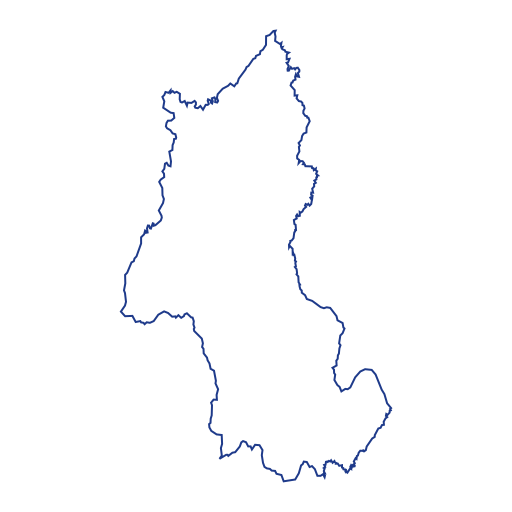 Yacopí, Cundinamarca, Colombia (Equal Earth projection)
{"feature_id": "7082276B73695765304920", "entity_name": "Yacopí", "entity_type": "district", "adm_level": 2, "iso_a3": "COL", "parent_name": "Colombia", "parent_adm1": "Cundinamarca", "projection": "equal_earth", "projection_center": [-74.3, 5.612], "detail": "fine", "context": "isolated", "style": "outline", "palette": "blue", "viewbox_px": 512, "rotation_deg": 0, "n_neighbors": 0, "source": "geoboundaries", "source_scale": "gbopen_adm2", "svg_char_len": 6044}
<svg xmlns="http://www.w3.org/2000/svg" viewBox="0 0 512 512"><path d="M344.5,328.5L343.4,327.5L342.6,323.0L337.5,320.3L336.5,316.1L330.2,307.9L326.7,307.3L323.9,308.2L320.6,307.1L312.2,300.9L306.8,299.0L305.1,295.2L301.8,292.7L301.7,290.5L300.3,289.2L299.6,286.5L299.4,284.8L300.0,284.6L298.6,282.3L298.3,276.4L296.5,274.3L297.1,273.2L296.6,269.2L294.9,267.0L295.9,266.3L295.3,263.0L296.0,261.5L294.9,260.7L295.2,258.4L294.3,254.7L293.4,255.0L293.2,253.4L292.7,253.8L292.6,248.8L289.8,245.9L289.1,247.2L289.0,244.7L290.4,242.1L290.3,240.9L291.7,240.5L293.5,238.2L294.3,232.3L295.2,231.4L295.1,230.1L296.0,230.0L295.6,224.8L294.4,224.0L293.9,220.0L296.7,218.5L296.1,216.0L297.1,214.5L298.2,216.2L299.8,215.8L299.7,212.0L300.7,212.7L302.4,211.5L303.6,209.1L306.1,206.9L305.0,205.6L305.7,204.0L307.3,204.8L308.3,203.8L309.6,205.6L311.2,204.0L311.9,200.1L310.3,197.6L310.9,197.2L312.2,198.5L312.6,195.6L311.1,194.7L311.3,192.6L313.1,192.7L312.2,188.7L314.2,186.4L314.0,183.9L315.8,182.8L314.3,180.6L316.4,179.4L316.3,177.4L317.0,177.1L317.0,175.7L318.0,175.5L316.1,173.8L317.2,171.3L315.6,170.3L315.8,168.6L313.8,170.1L313.4,168.2L312.1,168.1L311.8,166.4L305.4,166.2L304.8,164.4L303.0,164.2L303.9,162.8L302.6,161.2L300.5,161.1L298.7,163.1L299.2,159.9L297.2,158.5L297.1,155.8L299.4,151.4L298.9,146.9L299.9,145.5L298.6,143.0L301.4,140.1L302.1,136.0L303.6,133.6L306.4,132.5L306.6,127.4L309.7,121.2L308.4,117.7L307.3,117.7L306.8,116.1L305.3,115.9L303.3,113.2L303.4,110.8L304.6,108.4L303.9,105.6L302.5,105.2L302.4,102.9L301.1,101.5L298.9,101.1L296.6,98.4L297.3,95.3L294.6,95.6L294.7,90.1L290.6,85.5L291.5,82.6L292.5,82.5L293.2,80.6L295.5,79.6L295.1,76.8L295.9,74.2L297.0,76.4L299.0,76.8L297.9,73.0L299.3,71.6L299.4,70.1L297.8,67.7L296.3,67.9L295.1,69.4L294.2,68.2L292.0,68.8L290.8,67.2L288.8,70.7L287.7,70.7L287.5,69.0L288.8,66.0L286.6,62.8L288.1,62.3L289.5,58.8L286.7,59.2L286.7,55.4L287.0,54.0L288.9,52.6L285.4,51.7L284.9,50.3L282.3,49.2L281.8,48.4L282.6,47.0L281.3,47.3L280.9,46.0L281.4,42.9L280.0,44.0L275.1,40.9L275.5,36.5L274.7,32.7L275.6,30.7L273.4,31.0L269.6,35.0L266.1,36.2L266.0,44.9L262.8,49.8L260.4,51.2L259.9,54.2L256.0,55.9L255.3,58.2L253.3,58.9L248.4,66.0L246.6,67.0L245.5,69.6L238.8,78.6L237.3,83.3L236.2,83.5L234.3,86.3L230.3,83.5L228.1,85.8L222.7,88.7L217.7,94.2L216.9,97.9L218.1,100.9L217.2,102.5L215.2,102.1L215.4,99.2L214.5,97.4L211.9,98.3L212.8,101.4L212.1,103.5L211.0,102.7L210.8,100.6L208.1,99.3L207.7,100.7L208.8,103.9L207.7,104.9L205.7,104.8L203.0,109.7L200.4,106.0L197.8,108.2L195.3,107.7L194.7,106.4L195.9,104.6L195.9,102.4L194.6,100.9L191.5,102.9L187.6,102.6L186.9,105.7L184.7,101.0L182.0,102.5L180.5,101.9L179.7,99.3L179.9,93.8L176.7,91.8L174.5,92.8L172.7,91.1L170.6,92.8L170.6,90.3L168.6,92.8L165.5,92.0L164.3,95.0L162.4,96.9L164.3,101.3L163.2,107.7L170.7,112.7L173.6,113.1L174.3,117.9L171.2,120.6L167.9,120.7L166.5,123.0L165.9,126.4L167.1,128.3L170.4,130.2L172.6,133.4L175.4,134.2L176.2,137.5L175.9,138.7L174.1,139.0L173.7,142.5L172.6,145.1L172.4,150.0L169.3,151.6L171.0,161.4L170.5,166.3L168.4,165.6L166.7,162.8L165.0,163.7L164.3,168.8L162.4,171.4L164.0,173.7L164.2,177.1L160.7,179.6L159.2,181.9L162.3,188.0L162.5,195.3L163.9,199.0L163.0,203.1L158.8,210.5L161.5,215.7L161.8,217.6L160.8,220.5L155.4,225.2L153.8,225.7L153.6,223.6L152.8,223.3L150.9,228.6L149.9,228.3L149.1,225.6L147.9,225.5L147.0,228.4L147.6,232.5L145.9,232.8L146.0,231.4L145.1,230.6L144.1,234.3L141.1,237.3L141.1,243.5L136.5,256.4L134.5,258.5L133.8,261.2L131.5,262.4L127.2,272.7L125.1,274.9L125.3,283.4L124.0,290.4L125.0,293.1L126.0,301.8L125.0,305.6L120.9,311.6L125.1,316.2L132.4,315.9L135.7,322.0L140.3,321.1L141.1,322.4L143.5,322.8L144.6,324.2L146.7,322.3L149.9,322.8L153.7,321.1L158.3,314.7L164.1,311.4L168.1,313.0L172.2,316.7L175.3,316.4L175.9,317.6L178.4,315.2L181.2,317.8L183.9,316.1L184.5,314.4L186.9,313.3L191.2,317.4L192.6,317.6L193.8,321.2L193.4,324.5L194.5,327.6L193.8,329.0L194.2,331.0L201.8,338.6L202.9,343.3L202.1,347.0L203.5,348.8L203.7,353.4L207.0,357.6L207.6,360.3L209.5,363.5L210.6,368.8L214.0,370.7L215.9,380.8L215.5,383.4L218.1,389.2L216.6,394.9L216.9,399.8L213.6,399.6L211.1,402.7L212.0,405.2L211.7,415.4L210.7,418.7L210.5,422.9L209.1,424.1L209.4,427.4L211.3,430.9L216.6,434.4L221.7,435.0L222.1,443.9L220.9,448.1L221.8,455.6L219.5,458.8L226.2,454.8L227.6,454.8L228.3,455.9L232.4,452.7L235.2,452.2L239.8,446.5L241.3,442.4L243.0,441.1L246.0,442.2L248.2,446.4L250.6,446.4L251.9,449.5L255.1,444.8L259.5,445.2L262.5,450.1L261.8,455.2L263.0,462.8L264.5,466.9L266.9,468.4L269.9,468.9L271.7,470.6L275.1,470.9L276.5,473.8L281.4,475.0L283.7,481.3L295.2,479.5L298.8,473.3L301.1,465.4L302.7,464.2L303.8,461.6L306.8,462.0L309.6,467.0L312.0,466.1L314.9,469.2L317.4,475.8L320.6,475.8L323.0,474.2L324.6,477.2L325.0,475.5L323.9,473.8L324.0,472.9L324.8,473.1L323.8,471.1L324.6,468.6L323.8,468.0L325.2,467.0L324.2,465.0L325.5,464.8L326.0,461.8L327.0,461.6L326.5,461.0L327.7,462.0L328.9,460.9L330.2,461.5L331.1,460.3L332.6,462.8L334.4,461.1L334.8,462.3L336.5,463.1L336.2,463.7L337.8,463.6L339.2,465.8L342.0,465.2L342.0,467.5L343.3,468.1L343.4,469.3L345.5,469.8L346.1,468.9L345.4,471.5L346.0,472.3L346.8,471.6L347.5,472.5L350.1,468.5L350.9,468.9L350.3,466.8L350.9,465.6L351.7,467.6L352.4,465.2L353.3,465.5L353.1,466.6L354.6,466.3L354.7,465.5L353.4,464.5L354.8,463.2L353.8,461.5L355.6,458.2L356.5,458.9L356.9,456.0L357.9,455.5L358.7,452.7L360.3,450.7L362.8,450.9L363.7,449.6L363.4,450.9L364.0,451.4L365.8,450.2L366.7,446.5L372.2,438.5L374.7,436.9L374.8,435.1L378.3,428.5L380.6,427.8L381.9,425.1L383.9,424.8L383.7,421.7L385.5,418.4L387.2,417.1L385.9,415.9L386.3,414.0L387.5,414.9L389.6,412.6L389.7,410.7L390.8,410.3L390.1,409.0L391.1,408.1L387.1,403.3L384.4,394.1L381.7,389.7L375.6,374.5L371.7,369.9L365.1,369.2L360.3,371.5L355.2,377.3L350.3,387.4L347.7,389.2L345.3,388.9L341.4,391.4L339.6,386.9L337.4,385.1L334.4,380.0L335.2,374.6L334.1,373.0L334.0,369.7L332.5,367.8L336.6,365.5L336.3,360.7L337.7,358.8L337.9,355.3L338.9,353.6L339.4,348.4L340.5,345.2L339.1,343.4L340.3,335.5L342.6,333.2L344.5,328.5Z" fill="none" stroke="#1e3a8a" stroke-width="2"/></svg>